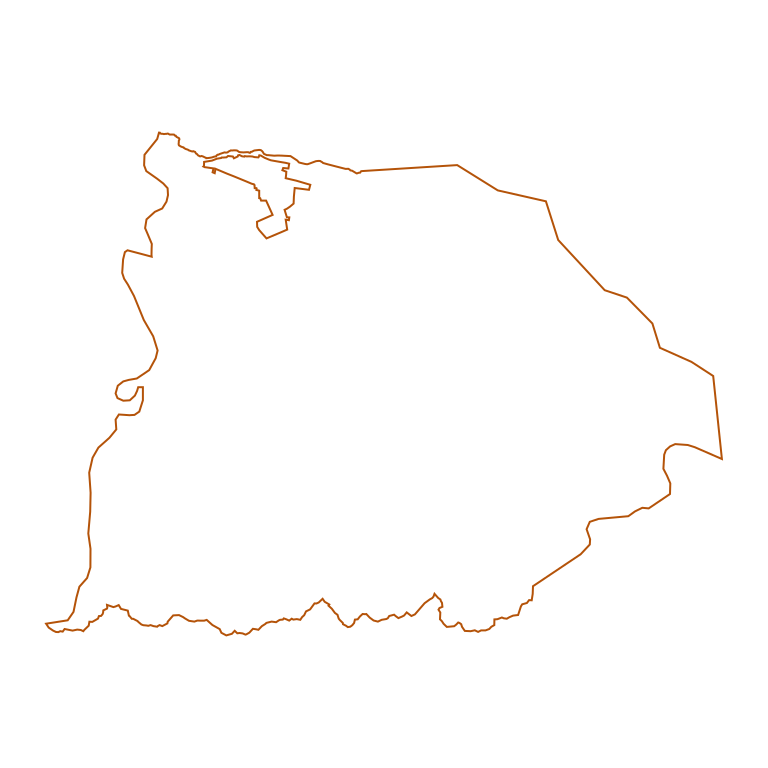 Chuy, Chuy, Kyrgyzstan (orthographic projection)
{"feature_id": "92254566B95692459438099", "entity_name": "Chuy", "entity_type": "district", "adm_level": 2, "iso_a3": "KGZ", "parent_name": "Kyrgyzstan", "parent_adm1": "Chuy", "projection": "orthographic", "projection_center": [75.313, 42.647], "detail": "fine", "context": "isolated", "style": "outline", "palette": "amber", "viewbox_px": 768, "rotation_deg": 0, "n_neighbors": 0, "source": "geoboundaries", "source_scale": "gbopen_adm2", "svg_char_len": 6084}
<svg xmlns="http://www.w3.org/2000/svg" viewBox="0 0 768 768"><path d="M46.1,623.7L48.7,627.6L53.1,630.6L56.0,632.0L58.4,632.1L60.2,631.2L62.7,631.6L64.6,629.0L72.6,630.6L77.2,629.6L80.8,630.0L83.3,631.2L84.4,629.8L88.7,625.7L89.4,621.7L92.3,621.9L98.0,618.6L98.9,616.1L101.1,615.9L102.6,614.1L103.1,612.6L103.3,610.4L107.0,608.6L107.3,607.6L107.0,604.9L113.4,607.1L115.5,606.5L118.7,605.1L121.0,608.9L127.8,610.6L128.9,615.7L129.4,615.9L131.8,618.8L133.2,618.8L137.6,621.1L138.3,621.9L141.4,624.5L143.3,625.2L146.7,625.5L148.3,625.8L150.6,625.1L153.4,626.1L157.2,626.7L157.9,626.0L159.6,625.1L162.3,626.1L167.4,623.4L167.7,621.7L173.2,615.4L179.0,615.1L183.1,617.1L185.1,618.5L189.0,620.8L194.4,621.6L197.2,620.6L204.0,620.7L206.7,619.9L212.4,625.0L219.7,629.1L221.4,632.8L226.3,635.4L231.9,633.8L234.7,630.8L237.3,633.3L239.5,633.0L242.6,633.4L245.4,634.6L246.2,634.4L249.3,632.7L252.9,628.8L256.2,629.3L258.4,629.8L261.8,626.2L265.4,623.9L266.4,622.9L271.6,621.6L276.1,622.2L278.8,620.4L280.1,619.8L282.8,619.6L283.8,618.4L286.3,619.3L289.2,620.6L291.7,618.7L293.3,619.6L296.8,619.1L300.3,619.8L302.1,617.1L304.2,615.2L306.0,611.4L310.1,609.4L314.5,603.4L316.4,603.5L318.7,602.5L322.6,598.8L324.7,601.8L329.3,604.5L328.5,605.7L331.8,608.7L334.9,612.9L337.5,614.8L338.7,618.6L339.8,620.0L342.8,622.9L343.0,624.2L346.1,625.8L347.8,627.1L350.3,626.7L352.3,625.2L354.1,623.0L354.9,619.6L357.7,619.3L359.9,616.5L362.6,614.0L365.2,614.2L366.3,614.0L369.7,617.6L373.6,620.5L377.9,621.6L381.7,619.8L386.4,619.0L387.8,618.2L389.2,616.0L394.1,614.7L395.7,616.1L398.4,618.1L402.2,616.5L404.1,615.5L406.7,612.4L411.4,616.0L414.9,614.4L424.6,603.2L429.8,599.4L432.2,598.1L433.5,596.6L434.5,593.8L438.2,598.0L440.4,599.5L440.8,600.9L442.0,602.9L442.4,606.8L439.5,608.0L438.5,609.7L440.3,612.5L440.0,619.3L441.9,621.2L443.6,623.8L446.8,626.9L450.2,626.6L454.2,626.2L456.2,624.6L458.2,622.5L459.4,622.9L461.2,624.2L462.0,626.8L464.8,630.9L470.6,631.2L474.8,630.3L478.1,631.9L481.1,630.4L485.5,630.4L489.3,629.0L491.3,626.8L494.3,625.1L494.4,619.4L497.4,619.2L501.9,617.5L503.8,618.3L506.8,618.7L509.4,617.2L513.1,615.6L518.1,615.0L520.9,606.4L522.2,604.3L526.9,603.0L529.1,600.1L531.7,600.3L532.7,593.9L533.0,586.2L580.7,554.2L589.8,544.5L590.1,539.3L586.6,529.2L589.8,521.8L598.6,518.9L628.3,516.2L635.0,511.4L642.3,507.8L648.7,508.4L670.0,494.0L670.3,483.4L667.0,475.7L663.4,468.8L664.2,454.7L665.9,450.2L670.1,446.4L675.2,444.1L687.8,445.0L694.8,447.2L721.9,459.0L713.2,376.0L691.5,361.9L659.9,347.8L652.4,323.5L626.9,297.6L604.7,290.2L558.2,240.0L545.9,201.3L497.8,190.4L457.2,165.1L361.7,171.1L360.9,171.4L360.2,172.6L358.6,172.8L357.0,173.4L356.6,173.4L352.1,170.7L350.4,170.4L349.7,169.6L348.3,168.8L345.6,168.9L335.8,166.4L328.1,164.4L323.1,163.0L322.2,162.2L321.1,161.6L320.4,161.1L320.2,161.0L318.6,160.9L317.5,161.0L315.9,161.2L309.7,163.5L307.6,164.2L306.7,164.2L305.2,164.0L299.8,162.7L298.9,162.4L297.2,160.5L290.5,156.1L281.0,155.6L277.7,155.5L274.3,155.7L267.7,155.1L266.7,155.1L264.0,153.9L263.7,153.5L262.9,152.1L262.1,151.1L260.8,150.1L259.2,149.9L255.8,150.3L254.3,150.5L253.4,150.9L252.0,151.7L250.7,151.9L250.6,152.3L250.3,152.7L250.0,152.8L249.4,152.8L248.2,152.2L246.7,152.2L243.4,152.4L240.2,152.2L239.0,151.9L237.2,150.6L236.3,150.4L234.0,150.3L232.3,150.5L230.8,150.4L230.3,150.7L228.8,151.4L228.3,151.7L227.7,152.3L227.0,152.5L225.9,152.6L224.5,152.4L219.7,154.0L218.5,154.7L218.0,154.6L217.3,154.9L216.8,155.3L216.4,155.7L216.2,156.3L214.0,156.7L212.1,157.4L209.2,157.9L206.3,158.2L206.2,157.9L205.1,157.5L203.1,156.5L201.6,156.0L200.1,156.4L198.1,155.4L196.8,153.9L196.0,153.5L195.4,152.5L195.1,151.9L193.2,151.2L192.8,151.5L191.5,151.3L188.7,150.3L188.6,150.1L187.7,149.6L185.7,149.0L184.3,148.2L184.0,148.0L183.8,147.6L183.0,147.2L182.6,147.2L180.4,146.3L179.5,145.6L179.0,145.4L178.8,145.0L178.6,144.0L178.7,143.1L178.8,142.3L178.8,140.8L179.4,139.5L179.2,138.4L178.9,138.1L176.5,136.9L176.2,136.3L175.7,135.7L175.2,135.8L174.0,134.6L172.6,134.5L170.9,134.5L169.9,134.6L168.8,134.1L168.0,133.6L167.3,133.6L166.4,133.9L165.3,133.9L163.9,134.1L162.7,133.8L161.6,133.8L160.4,133.5L159.9,132.7L159.0,132.6L157.2,139.0L144.5,154.8L144.1,165.3L146.3,171.1L157.1,178.7L163.3,183.5L167.6,188.2L168.0,195.1L166.5,201.6L162.2,208.5L154.9,211.8L146.5,219.4L145.1,228.1L147.6,233.9L151.8,243.9L151.6,249.1L151.5,254.9L151.7,256.7L141.6,254.0L127.5,250.3L124.9,252.1L123.1,259.4L122.2,272.9L124.1,278.7L127.9,284.6L134.0,296.0L143.8,320.0L153.2,336.3L157.6,350.5L155.7,358.2L149.2,370.1L136.8,378.5L128.8,379.9L123.3,381.4L117.8,385.7L115.6,393.4L117.5,398.1L123.3,400.7L129.8,400.3L134.9,395.6L137.1,390.9L138.2,387.2L142.9,387.2L142.9,400.3L139.3,411.6L134.5,414.9L129.4,415.2L123.6,414.8L118.9,414.5L115.6,419.6L116.3,429.4L109.4,437.8L98.4,447.6L92.6,457.7L89.2,472.7L90.6,492.7L90.2,511.7L88.3,533.5L90.5,548.8L90.4,567.4L87.1,578.0L79.4,586.7L76.5,597.3L73.5,611.9L67.7,620.3L46.1,623.7ZM203.4,166.5L203.9,166.0L204.0,165.7L204.1,161.9L212.0,160.6L216.9,158.7L221.2,158.0L221.6,157.5L223.8,157.5L226.5,157.3L228.0,156.0L232.9,156.5L233.9,158.3L237.7,156.5L238.1,155.3L239.5,155.0L242.0,156.3L244.4,156.6L244.8,156.1L246.7,156.4L249.4,156.3L252.4,156.5L254.5,157.1L258.4,157.4L258.9,156.6L259.3,155.3L260.9,155.6L264.6,157.8L268.7,159.5L269.8,159.9L270.9,160.3L281.1,162.1L285.4,162.8L289.2,163.7L288.4,168.5L283.2,168.0L282.4,170.2L286.3,171.7L286.1,174.9L285.7,178.2L296.4,180.7L310.3,184.8L309.0,189.8L294.7,188.0L293.9,196.5L293.6,203.6L289.9,206.7L286.8,208.8L284.6,209.8L285.5,212.8L286.9,217.3L289.3,217.4L288.9,220.2L285.7,219.7L287.2,229.6L281.2,232.2L266.5,238.4L259.2,230.1L257.2,226.9L257.0,221.8L272.6,214.9L266.1,200.6L261.1,200.6L260.2,198.2L259.2,198.1L259.2,194.3L259.2,192.4L259.2,190.7L258.7,190.5L256.4,190.0L256.5,189.1L256.6,188.3L256.4,188.1L254.7,188.1L254.6,186.7L254.5,185.5L254.6,185.2L254.2,184.8L254.0,184.5L253.8,184.2L253.0,184.1L251.6,183.7L246.9,181.7L238.4,178.2L233.5,176.2L226.9,173.6L215.5,168.8L214.7,173.2L212.6,172.3L213.5,168.4L209.2,167.8L205.9,167.3L204.8,167.2L203.4,166.5Z" fill="none" stroke="#b45309" stroke-width="2"/></svg>